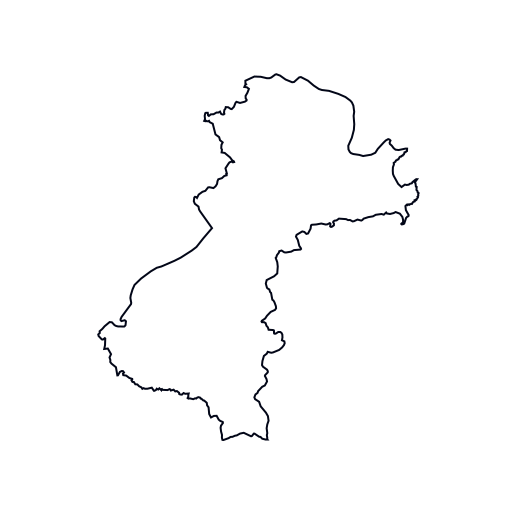 the district of Sirindhorn, Ubon Ratchathani, Thailand, rotated 44°
{"feature_id": "78962969B9944592698324", "entity_name": "Sirindhorn", "entity_type": "district", "adm_level": 2, "iso_a3": "THA", "parent_name": "Thailand", "parent_adm1": "Ubon Ratchathani", "projection": "natural_earth1", "projection_center": [105.457, 15.111], "detail": "fine", "context": "isolated", "style": "outline", "palette": "ink", "viewbox_px": 512, "rotation_deg": 44, "n_neighbors": 0, "source": "geoboundaries", "source_scale": "gbopen_adm2", "svg_char_len": 6097}
<svg xmlns="http://www.w3.org/2000/svg" viewBox="0 0 512 512"><g transform="rotate(44 256 256)"><path d="M335.8,403.4L336.8,400.3L338.7,398.3L342.8,399.6L344.7,399.5L347.4,398.5L348.2,399.1L348.7,402.4L349.9,404.2L352.9,406.6L355.8,408.3L357.7,410.4L359.6,411.6L360.4,411.0L362.8,406.1L363.4,403.8L364.7,402.4L365.7,399.9L366.8,398.4L367.9,394.8L370.0,391.7L377.7,389.1L378.1,388.3L377.8,385.3L378.3,384.8L383.9,383.8L384.9,383.0L387.4,383.1L390.5,381.3L391.7,380.1L391.0,380.0L390.7,379.2L388.2,377.3L387.2,375.6L383.3,372.5L381.1,369.3L379.5,365.8L375.8,362.9L372.0,361.8L363.8,360.9L359.5,358.7L354.8,359.6L353.0,358.8L351.8,356.0L352.2,353.4L351.4,351.7L351.3,345.8L352.3,343.0L351.1,338.6L349.0,337.2L345.7,336.1L345.3,335.3L345.3,331.6L344.6,330.7L342.9,330.1L337.9,330.8L336.1,330.3L333.6,327.1L331.1,322.4L331.6,318.8L331.0,316.8L334.2,315.0L335.2,313.6L337.9,307.5L338.3,303.7L338.0,300.7L337.2,298.8L335.7,297.7L333.2,298.6L331.6,296.2L329.5,294.2L327.7,293.6L326.3,293.8L324.8,295.2L324.1,298.2L323.2,299.1L322.6,299.0L320.6,297.1L319.7,297.4L316.3,300.3L314.1,299.1L311.9,298.9L309.6,297.6L307.8,298.0L306.2,299.5L305.5,299.3L305.2,298.5L306.0,294.6L305.4,291.3L305.4,286.0L307.1,281.6L306.8,279.7L305.2,278.3L301.5,276.5L299.5,275.9L298.1,276.1L292.5,272.1L291.2,272.1L288.8,270.8L286.9,271.3L285.9,271.2L282.2,269.0L280.4,265.9L283.1,258.0L283.4,253.8L278.9,248.4L275.6,245.7L271.5,243.7L271.4,242.6L270.5,240.9L270.1,237.6L269.4,236.4L270.6,234.3L273.8,233.7L275.1,232.7L278.3,228.4L279.2,225.4L283.5,220.5L283.5,219.6L282.8,219.2L280.0,218.6L274.9,215.4L271.3,214.3L270.5,212.6L272.2,206.2L274.1,205.1L276.9,205.1L277.8,203.6L276.3,198.5L274.3,195.7L274.5,194.7L277.4,191.5L280.4,187.3L284.3,184.9L285.3,183.7L286.2,181.1L287.2,181.1L288.8,183.2L289.8,183.0L290.4,181.9L290.7,179.8L289.5,178.5L288.1,178.2L287.7,177.5L287.9,176.1L289.2,174.4L289.7,171.5L295.2,166.9L297.3,166.2L298.6,164.8L301.5,164.0L302.3,162.9L303.7,159.3L307.1,157.4L307.5,156.3L307.5,154.3L309.8,150.0L312.6,146.2L313.5,143.2L317.1,138.6L319.2,137.5L319.4,134.3L320.6,134.5L323.2,132.7L325.2,129.5L325.9,127.4L330.1,125.6L334.1,126.2L336.7,127.8L338.6,129.9L338.1,131.3L338.2,132.0L339.0,132.0L339.9,130.6L340.1,129.7L337.5,124.3L337.5,122.7L338.0,121.5L337.4,120.5L332.0,118.9L328.8,116.3L328.8,114.4L329.6,114.2L329.5,113.2L330.6,112.8L330.5,112.2L331.2,111.4L331.4,110.5L332.0,110.2L331.5,108.1L332.2,106.6L331.3,105.8L331.7,105.0L332.2,105.2L332.4,104.3L331.9,103.7L332.1,103.0L331.7,101.3L331.0,101.2L330.9,99.9L329.9,99.1L329.3,97.8L328.2,98.0L327.2,97.2L325.5,97.0L323.6,94.7L322.8,95.0L320.2,92.9L319.1,92.8L318.6,88.8L317.9,89.4L317.6,90.9L317.2,94.3L317.6,95.4L316.4,97.4L316.4,98.5L315.0,100.3L313.5,101.2L312.8,105.3L308.2,105.4L299.4,102.7L297.5,101.8L295.1,99.6L292.8,97.0L291.6,94.3L290.4,93.4L290.8,91.2L290.3,90.2L290.8,89.0L290.7,88.3L291.3,87.6L290.6,85.1L290.8,84.2L291.3,83.8L291.2,82.7L291.8,82.0L291.5,80.8L291.8,80.2L290.8,78.2L291.5,77.4L291.3,76.8L291.7,75.6L290.1,73.8L289.0,74.8L285.0,80.7L282.5,82.6L280.1,82.8L277.0,82.3L274.5,82.4L273.4,81.7L272.5,79.5L271.2,79.5L269.9,80.1L269.1,82.7L269.0,85.6L269.2,94.3L270.1,98.9L268.5,103.1L263.6,109.7L260.1,111.5L255.1,115.1L252.9,116.0L251.2,116.0L248.5,115.1L245.8,112.6L242.8,104.4L238.8,97.3L235.2,93.0L228.9,87.4L226.4,84.0L221.6,80.2L218.3,78.9L215.9,78.7L209.9,79.5L202.6,82.2L193.8,86.5L188.1,90.8L185.2,92.2L179.1,93.3L171.6,93.8L164.0,96.1L163.0,97.5L162.5,104.4L161.3,105.9L154.7,108.5L148.0,109.5L144.4,111.1L143.8,112.2L143.0,117.0L142.1,118.8L140.4,120.5L134.9,123.8L130.2,128.0L126.6,137.3L128.6,139.3L129.6,139.3L129.5,140.8L130.2,142.5L132.2,141.0L134.8,140.7L136.4,144.5L137.3,148.1L139.1,149.8L140.7,150.1L141.2,150.7L140.8,152.7L138.2,157.0L134.8,158.7L134.9,160.1L136.5,164.1L136.5,167.2L135.6,167.8L132.7,168.3L130.8,169.9L131.7,171.4L131.8,172.9L133.3,175.0L134.5,175.7L134.4,176.7L133.4,177.6L132.1,178.0L129.8,177.1L129.3,178.9L127.9,180.3L127.0,183.5L125.1,185.5L124.8,188.0L123.8,188.1L121.8,186.5L120.5,187.8L120.3,188.5L121.7,190.8L124.3,193.0L124.9,194.8L126.0,194.2L126.2,193.4L127.1,193.2L128.0,192.3L128.3,191.4L129.7,191.9L133.0,190.9L142.4,196.7L146.9,196.1L149.7,197.7L153.1,197.4L153.9,200.0L156.1,202.6L157.7,203.2L159.3,205.4L161.9,203.6L168.8,203.1L172.4,203.7L174.4,203.3L175.0,203.6L174.3,204.7L172.9,204.9L171.9,207.0L172.0,208.4L173.1,214.1L177.9,217.0L177.6,217.7L178.8,218.4L177.6,220.4L177.4,223.7L175.6,227.0L176.3,228.9L177.9,231.2L178.5,233.9L178.2,236.7L174.7,238.9L173.9,239.9L174.3,244.3L172.9,247.0L172.1,251.6L173.2,255.2L172.1,255.1L171.0,255.8L171.0,256.8L173.2,259.8L175.7,260.9L180.3,260.4L182.7,262.1L184.7,262.7L205.0,266.5L205.8,279.7L206.9,290.9L206.0,296.8L203.0,309.4L200.6,316.3L195.2,329.3L192.8,333.4L191.0,340.0L189.0,352.0L188.7,361.2L190.4,365.8L193.2,371.3L194.8,373.5L198.7,376.3L199.5,377.4L201.6,393.1L202.4,395.4L203.1,396.2L204.4,396.3L206.2,393.4L207.8,393.3L210.2,396.4L210.3,397.7L210.2,398.3L205.7,402.5L204.0,403.5L202.3,404.0L198.4,403.8L196.6,405.2L195.9,411.7L196.1,415.2L195.8,418.8L197.1,419.9L197.0,422.0L198.4,422.9L203.0,423.1L203.9,422.5L204.3,420.1L204.9,420.1L209.4,425.1L211.4,428.3L213.7,425.5L219.9,427.3L221.1,430.7L223.5,432.0L224.8,433.5L226.7,433.8L232.5,433.3L239.2,438.2L239.6,437.7L238.6,433.9L239.4,431.9L240.4,431.2L242.0,431.5L242.0,433.0L243.3,433.9L245.7,432.2L249.7,431.7L252.3,430.4L252.7,430.7L252.8,431.9L254.6,432.4L255.6,431.5L258.3,432.1L259.9,430.8L262.4,430.9L264.8,430.1L266.5,430.5L266.9,429.2L268.4,428.6L270.1,426.9L272.5,423.1L276.2,423.9L276.6,423.5L277.1,421.8L276.8,420.4L278.4,420.0L278.4,418.3L280.9,418.3L280.4,417.6L280.7,417.1L281.4,417.5L285.5,413.9L286.3,411.8L287.1,411.5L288.2,411.9L289.6,409.4L292.0,409.5L292.9,408.1L295.7,407.8L296.6,408.6L297.6,408.3L299.0,407.2L299.1,404.9L300.8,404.3L303.1,401.7L303.8,403.0L304.8,403.9L305.5,405.7L306.5,405.5L307.3,404.4L310.3,402.6L311.1,400.6L312.0,400.1L312.1,398.6L312.7,397.5L314.2,396.7L315.3,397.0L315.8,396.6L318.5,396.5L319.1,396.0L322.5,395.8L324.6,397.4L327.0,397.8L332.1,402.2L335.8,403.4Z" fill="none" stroke="#020617" stroke-width="2"/></g></svg>